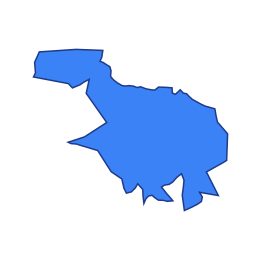 outline of Salvador do Sul, Rio Grande do Sul, Brazil, rotated 9°
{"feature_id": "56859067B24348409477030", "entity_name": "Salvador do Sul", "entity_type": "district", "adm_level": 2, "iso_a3": "BRA", "parent_name": "Brazil", "parent_adm1": "Rio Grande do Sul", "projection": "equal_earth", "projection_center": [-51.535, -29.459], "detail": "fine", "context": "isolated", "style": "filled", "palette": "blue", "viewbox_px": 256, "rotation_deg": 9, "n_neighbors": 0, "source": "geoboundaries", "source_scale": "gbopen_adm2", "svg_char_len": 1252}
<svg xmlns="http://www.w3.org/2000/svg" viewBox="0 0 256 256"><g transform="rotate(9 128 128)"><path d="M64.3,58.5L28.5,66.7L25.5,77.8L28.0,88.1L26.7,92.4L57.0,93.3L62.2,93.5L66.9,97.1L74.0,92.7L77.2,89.6L82.1,86.0L81.3,100.3L106.1,125.9L86.4,143.6L71.1,151.4L74.1,152.3L79.7,151.9L84.0,152.6L101.6,155.0L118.2,173.8L129.9,179.3L133.4,188.1L136.6,192.6L141.3,190.6L144.6,186.1L146.3,181.6L152.2,186.4L153.5,192.9L155.5,200.0L156.7,195.2L158.9,192.0L162.3,190.7L165.1,192.5L169.3,194.5L174.7,193.9L178.3,194.3L183.7,192.9L180.2,189.8L176.9,187.1L170.3,181.1L173.0,178.7L177.5,177.2L180.5,174.5L184.0,169.1L188.0,164.8L191.5,170.9L191.9,177.5L192.1,185.9L196.6,200.7L203.5,196.1L208.7,192.3L212.0,189.1L212.2,184.5L208.7,180.3L227.8,180.6L212.3,159.1L227.6,147.1L230.5,144.6L227.3,118.2L215.4,108.1L213.0,102.0L210.8,95.5L206.9,95.0L200.8,94.3L196.3,93.0L191.4,91.2L187.2,89.7L183.4,87.3L180.5,85.0L177.2,84.9L173.6,82.1L169.6,87.3L166.4,86.6L165.2,81.4L159.2,81.9L151.8,82.8L148.5,86.4L144.8,86.6L139.7,86.5L134.0,85.3L130.6,86.6L126.9,85.8L122.2,86.0L119.1,86.9L115.7,87.1L110.2,85.0L106.1,82.7L102.7,79.8L102.3,74.2L100.5,70.3L96.8,68.8L93.3,67.2L89.9,66.5L91.0,62.3L91.0,55.3L64.3,58.5Z" fill="#3b82f6" stroke="#1e3a8a" stroke-width="1.5"/></g></svg>